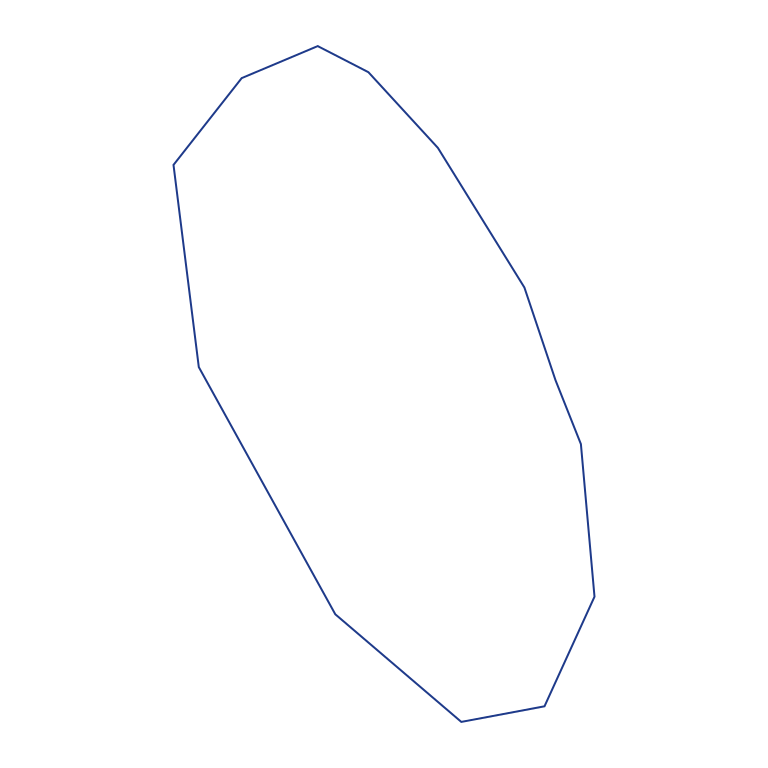 map outline of Sottunga (Mercator projection)
{"feature_id": "ALD-4821", "entity_name": "Sottunga", "entity_type": "state/province", "adm_level": 1, "iso_a3": "ALA", "parent_name": "Aland", "parent_adm1": "", "projection": "mercator", "projection_center": [20.666, 60.13], "detail": "fine", "context": "isolated", "style": "outline", "palette": "blue", "viewbox_px": 768, "rotation_deg": 0, "n_neighbors": 0, "source": "natural_earth", "source_scale": "10m", "svg_char_len": 292}
<svg xmlns="http://www.w3.org/2000/svg" viewBox="0 0 768 768"><path d="M555.5,380.2L580.9,444.1L594.5,596.7L544.5,706.3L461.3,721.9L335.3,614.3L198.8,367.1L173.5,164.9L241.7,78.1L317.7,46.1L368.4,72.2L437.9,147.9L524.4,287.5L555.5,380.2Z" fill="none" stroke="#1e3a8a" stroke-width="2"/></svg>